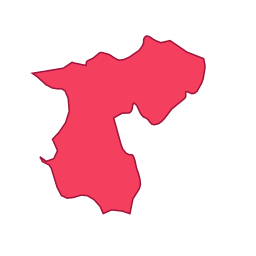 an SVG outline of Durrës, rotated 343°
{"feature_id": "ALB-1494", "entity_name": "Durrës", "entity_type": "County", "adm_level": 1, "iso_a3": "ALB", "parent_name": "Albania", "parent_adm1": "", "projection": "mercator", "projection_center": [19.648, 41.417], "detail": "fine", "context": "isolated", "style": "filled", "palette": "rose", "viewbox_px": 256, "rotation_deg": 343, "n_neighbors": 0, "source": "natural_earth", "source_scale": "10m", "svg_char_len": 1449}
<svg xmlns="http://www.w3.org/2000/svg" viewBox="0 0 256 256"><g transform="rotate(343 128 128)"><path d="M79.3,202.6L78.4,194.9L74.6,186.6L69.3,180.8L63.6,178.5L55.7,178.5L49.2,177.3L44.6,173.1L42.9,164.1L42.9,144.4L41.7,140.2L36.4,135.2L35.4,129.8L40.1,136.0L48.1,135.6L54.0,129.0L52.5,116.7L60.9,111.9L69.8,104.7L76.7,94.8L79.5,82.1L78.7,74.2L76.2,71.2L72.3,70.0L67.3,67.6L62.2,62.6L56.4,52.8L52.5,47.7L83.6,51.9L93.8,48.8L94.8,49.7L106.1,55.9L107.4,53.0L108.1,52.3L109.4,51.8L114.8,51.1L122.8,47.8L124.8,48.0L130.9,51.8L132.4,53.2L135.5,57.1L137.4,59.0L140.0,60.8L144.5,61.3L150.1,60.6L161.3,57.0L165.7,53.7L168.0,50.7L168.5,48.8L169.4,47.1L171.5,45.5L173.3,45.6L175.2,46.9L178.4,50.9L181.7,54.0L184.4,56.0L193.8,56.7L206.5,72.6L220.6,83.8L220.1,88.9L219.7,91.6L218.7,94.1L214.1,103.2L211.2,106.9L205.0,112.9L201.9,114.2L199.1,113.9L195.7,110.9L194.1,110.2L193.3,111.6L192.9,113.5L192.1,115.3L190.4,116.5L175.6,122.5L165.2,129.9L161.5,131.8L158.4,132.8L154.2,132.6L152.0,131.4L150.5,128.5L149.7,126.0L148.8,124.6L147.8,123.5L146.2,122.2L145.0,120.0L144.2,117.7L143.1,109.8L142.0,107.0L140.6,105.9L138.8,108.2L137.8,110.7L136.0,112.9L133.9,114.0L126.6,112.1L117.2,114.2L116.5,141.2L116.8,146.8L118.8,151.5L120.8,153.5L124.3,155.0L125.0,157.2L125.1,160.8L124.4,169.0L124.7,174.9L124.4,180.5L123.4,185.6L121.2,189.2L111.9,197.3L104.8,210.5L98.1,205.7L88.3,201.5L79.4,202.6L79.3,202.6Z" fill="#f43f5e" stroke="#9f1239" stroke-width="1.5"/></g></svg>